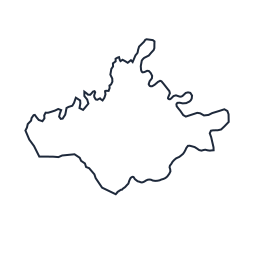 Paso de los Toros, Tacuarembó, Uruguay, rotated 223°
{"feature_id": "84410073B41725704042311", "entity_name": "Paso de los Toros", "entity_type": "district", "adm_level": 2, "iso_a3": "URY", "parent_name": "Uruguay", "parent_adm1": "Tacuarembó", "projection": "albers", "projection_center": [-56.519, -32.72], "detail": "fine", "context": "isolated", "style": "outline", "palette": "slate", "viewbox_px": 256, "rotation_deg": 223, "n_neighbors": 0, "source": "geoboundaries", "source_scale": "gbopen_adm2", "svg_char_len": 3348}
<svg xmlns="http://www.w3.org/2000/svg" viewBox="0 0 256 256"><g transform="rotate(223 128 128)"><path d="M91.8,71.2L91.8,71.7L91.9,72.5L91.8,73.3L92.0,73.5L91.9,73.8L92.0,74.4L91.9,74.9L91.6,75.4L91.6,76.3L91.2,77.2L91.1,77.9L90.9,78.1L90.7,78.3L90.4,78.7L90.3,78.9L90.3,79.2L90.4,79.6L90.4,80.0L90.2,80.9L90.1,81.6L89.9,82.0L89.8,83.6L89.8,84.0L89.9,84.7L89.8,85.3L89.9,86.0L89.8,86.9L89.8,87.5L89.9,87.8L90.9,89.8L91.6,91.7L91.9,92.8L92.0,93.4L91.8,94.4L91.6,95.0L91.3,95.5L91.0,95.7L90.5,95.9L89.9,95.8L88.9,95.5L88.0,95.3L85.8,95.5L84.8,95.6L84.2,95.8L83.2,96.4L82.2,96.8L81.3,97.2L80.7,97.7L80.2,98.4L79.5,100.0L79.0,102.0L78.3,103.6L77.3,104.8L76.0,105.8L74.0,106.5L72.0,107.9L70.5,109.5L69.2,111.3L68.5,113.0L67.3,115.0L66.5,117.0L66.2,119.3L66.6,122.7L67.4,125.2L69.0,126.6L70.8,127.6L71.7,129.1L71.8,131.0L72.4,133.7L72.4,136.2L72.1,138.7L70.8,141.8L70.4,144.2L70.1,146.7L70.4,148.8L71.0,151.1L71.7,153.1L72.0,155.8L70.8,157.1L68.4,158.4L66.3,159.5L63.7,160.0L60.9,160.4L58.8,161.6L57.8,163.3L56.7,164.8L54.5,166.0L52.7,167.3L51.6,168.6L50.2,170.1L52.3,172.2L60.9,178.0L64.6,179.9L65.5,182.6L64.2,184.3L60.8,187.6L58.9,190.4L58.6,194.9L58.5,201.1L63.8,206.6L66.9,208.2L70.3,207.4L72.5,203.4L76.6,196.3L78.0,192.5L81.0,189.0L85.2,188.0L87.7,186.3L93.5,175.8L96.4,175.1L101.3,176.2L104.9,176.7L107.2,177.1L108.7,178.3L109.0,179.0L109.0,180.1L107.5,181.7L104.8,183.3L102.4,185.9L101.1,189.3L101.0,191.1L101.5,193.0L103.3,195.4L106.4,196.2L108.4,195.0L109.7,193.0L110.0,188.4L110.7,187.0L111.6,186.2L115.2,184.6L116.5,182.4L116.6,179.1L116.8,177.9L117.4,177.2L118.2,176.9L119.0,177.0L119.5,177.7L120.0,179.1L121.1,182.0L123.0,183.2L124.5,183.4L133.0,184.7L133.3,184.7L135.4,185.0L136.7,184.4L136.8,184.0L137.5,182.3L138.0,177.8L138.8,175.1L139.7,174.1L140.8,173.6L141.8,173.8L142.8,174.2L144.1,177.0L144.4,180.6L145.9,182.6L148.9,183.7L151.6,183.9L153.0,182.9L154.1,180.2L154.8,179.2L155.4,178.6L156.4,178.6L158.1,179.4L160.8,181.9L163.9,186.7L164.1,188.5L164.0,190.3L162.2,195.2L162.4,198.7L162.4,201.9L162.4,202.5L163.2,204.4L165.5,206.9L167.7,209.4L169.8,209.2L174.9,205.6L175.5,204.3L175.4,203.6L175.1,202.1L175.3,197.2L175.4,195.1L174.0,192.2L172.6,190.0L172.3,189.4L172.1,187.1L172.1,186.3L169.6,179.4L172.1,179.6L172.7,175.5L175.8,174.9L178.5,174.2L179.1,171.8L180.5,172.2L182.9,173.7L183.7,172.2L184.3,170.2L182.5,168.3L183.1,165.0L180.9,162.8L180.5,159.9L177.3,155.0L173.2,153.4L171.0,151.2L170.1,148.3L170.5,146.4L168.7,144.7L167.5,141.9L169.5,140.2L169.9,139.3L167.4,137.2L165.9,134.0L165.4,130.8L167.4,130.5L168.7,130.6L169.7,127.7L171.1,126.9L173.8,127.7L175.0,128.8L176.4,131.8L177.6,132.1L178.4,130.8L178.3,128.2L178.3,126.5L180.0,125.1L182.1,125.1L184.7,124.8L181.7,121.6L177.3,121.0L173.6,118.8L173.3,113.2L173.2,110.6L177.1,109.5L179.6,113.5L181.8,115.5L186.8,114.6L185.9,112.5L184.6,109.6L183.9,106.3L185.9,102.8L186.6,100.7L184.0,96.6L183.0,94.9L182.2,90.3L183.4,88.8L186.1,89.3L187.7,92.1L189.1,95.5L192.0,94.3L193.3,90.9L195.3,87.3L196.9,84.6L198.7,83.0L197.9,80.1L195.7,78.1L195.2,74.6L198.8,73.0L201.8,73.4L205.1,74.0L205.8,73.0L205.3,69.5L203.9,67.3L204.0,62.5L202.2,59.4L201.3,56.2L192.3,52.2L184.4,50.7L173.4,46.6L163.4,55.8L159.0,59.3L157.4,63.0L149.2,72.3L143.0,73.3L139.9,72.0L135.3,72.7L132.1,70.9L129.0,72.1L121.0,71.2L117.5,69.3L106.3,66.7L91.8,71.2Z" fill="none" stroke="#1e293b" stroke-width="2"/></g></svg>